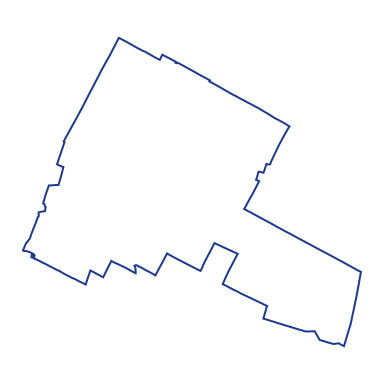 LEU, Dolj, Romania
{"feature_id": "2599482B68643233810442", "entity_name": "LEU", "entity_type": "district", "adm_level": 2, "iso_a3": "ROU", "parent_name": "Romania", "parent_adm1": "Dolj", "projection": "albers", "projection_center": [24.031, 44.193], "detail": "fine", "context": "isolated", "style": "outline", "palette": "blue", "viewbox_px": 384, "rotation_deg": 0, "n_neighbors": 0, "source": "geoboundaries", "source_scale": "gbopen_adm2", "svg_char_len": 5809}
<svg xmlns="http://www.w3.org/2000/svg" viewBox="0 0 384 384"><path d="M344.0,346.1L344.2,345.4L345.0,342.7L345.7,340.5L347.8,333.3L349.6,327.4L350.4,324.8L350.5,324.8L350.6,324.2L354.6,305.5L356.6,295.7L359.5,280.0L359.7,278.7L360.8,272.5L361.0,271.9L358.5,270.7L355.4,269.0L350.8,266.5L343.2,262.3L329.3,254.8L321.1,250.5L318.3,249.0L311.5,245.3L306.3,242.5L303.1,240.8L300.8,239.6L299.5,238.9L297.3,237.7L294.7,236.3L293.6,235.7L292.1,234.8L285.9,231.6L283.8,230.5L282.3,229.7L281.1,229.0L278.5,227.6L276.2,226.4L275.0,225.7L273.8,225.0L269.3,222.5L264.5,220.0L261.5,218.3L255.7,215.2L252.4,213.4L250.9,212.5L249.2,211.7L248.1,211.1L246.4,210.2L245.2,209.6L244.2,209.0L244.3,208.9L246.2,205.4L248.1,201.9L248.9,200.4L250.8,197.0L251.6,195.6L253.1,192.9L253.9,191.3L254.7,189.8L255.1,189.0L255.7,187.9L256.8,185.7L257.4,184.5L257.9,183.7L258.5,182.5L258.7,182.0L258.8,181.5L259.0,181.1L258.3,180.8L256.1,179.8L256.3,179.2L256.9,177.6L257.4,175.9L258.2,172.6L258.4,171.9L258.7,171.7L259.0,171.7L259.9,171.9L261.9,172.4L263.5,172.7L263.7,171.9L264.0,171.2L264.5,170.4L264.7,169.4L265.3,167.5L265.6,166.5L265.6,166.4L265.8,165.9L265.9,165.6L266.0,165.3L266.5,163.9L266.8,164.0L267.2,164.1L267.6,164.3L267.9,164.4L268.2,164.4L268.4,164.5L268.6,164.4L268.9,164.4L269.2,164.3L269.9,164.3L270.1,164.3L271.6,160.5L278.8,145.4L283.1,137.3L286.9,130.6L289.5,126.4L284.2,123.1L279.4,120.5L274.3,117.9L267.3,113.3L266.5,112.9L265.2,112.2L263.9,111.4L263.0,110.9L261.0,109.7L260.4,109.4L259.9,109.0L258.8,108.3L257.1,107.5L255.5,106.6L251.3,104.4L249.2,103.2L247.6,102.5L242.2,99.5L239.9,98.4L238.7,97.7L236.8,96.6L235.9,96.1L235.0,95.7L233.8,95.1L232.5,94.4L228.7,92.3L222.6,88.8L218.3,86.3L213.2,83.5L210.2,81.9L209.4,81.5L210.0,80.4L204.4,77.4L197.8,73.8L195.2,72.3L178.9,63.3L178.2,63.2L177.2,62.7L176.5,63.2L175.5,62.9L175.4,62.6L175.7,61.7L174.4,61.0L172.9,60.2L171.0,59.2L168.9,58.1L166.5,56.9L164.6,55.9L163.6,55.4L162.3,54.7L160.8,57.9L159.8,59.9L157.5,58.7L155.5,57.7L153.3,56.4L151.4,55.3L150.1,54.6L148.5,53.7L145.8,52.1L144.7,51.5L143.2,51.0L142.0,50.4L139.9,49.3L138.5,48.6L136.3,47.4L135.1,46.7L133.6,45.8L132.3,45.1L129.0,43.3L125.8,41.4L124.4,40.7L118.9,37.9L114.5,46.2L110.2,54.6L102.8,67.8L101.2,70.7L98.3,76.5L95.6,81.6L93.3,86.1L88.1,96.0L83.0,106.1L77.3,116.7L63.6,141.5L64.5,142.2L57.0,164.4L59.5,165.5L63.4,167.1L60.5,178.3L58.5,184.9L48.8,185.5L48.6,186.5L48.4,186.9L47.9,188.3L47.6,189.1L47.3,190.0L46.2,193.2L45.8,194.1L45.5,195.3L45.1,196.2L45.1,196.8L44.8,197.9L44.0,200.3L43.5,201.8L43.1,203.3L43.3,203.5L43.8,203.8L44.4,204.2L44.7,204.7L44.7,205.5L44.9,206.2L44.9,206.5L45.6,206.9L45.0,211.1L44.6,211.1L42.6,211.5L38.7,212.3L38.5,213.7L38.8,215.2L38.7,216.0L38.6,216.4L38.4,216.7L38.0,216.9L37.4,218.2L37.0,219.2L36.4,221.1L35.8,222.9L34.9,225.0L33.7,227.9L33.0,229.9L32.1,232.0L31.7,233.0L31.4,233.9L30.3,237.2L29.8,238.3L29.6,238.9L26.0,243.4L24.4,247.1L23.0,250.4L24.3,251.0L24.8,251.1L25.2,251.1L25.7,251.0L26.1,251.0L26.6,251.1L27.1,251.3L27.8,251.6L29.0,251.9L29.9,252.1L30.6,252.5L31.1,252.8L31.9,253.2L32.6,253.6L33.8,254.4L34.5,255.1L34.6,255.3L34.2,256.1L34.2,256.4L33.7,256.0L33.3,255.4L32.9,255.2L32.2,255.2L31.7,255.1L31.5,255.7L31.4,257.3L31.5,257.4L32.1,257.4L32.5,257.5L33.1,257.6L33.3,257.8L33.9,258.5L36.4,259.4L38.2,260.3L40.1,261.3L46.1,264.3L47.8,265.2L50.1,266.4L55.5,269.2L57.6,270.3L58.4,270.6L58.7,270.7L59.3,271.0L59.6,271.1L59.8,271.1L60.0,271.2L60.2,271.5L60.5,271.6L61.3,272.2L62.8,273.0L64.2,273.8L66.1,274.8L67.1,275.4L67.7,275.7L68.5,276.0L69.3,276.3L69.8,276.6L71.0,277.3L72.7,278.2L74.1,278.7L76.4,279.8L79.2,281.4L80.5,281.9L82.5,282.9L84.4,283.9L85.7,284.5L86.5,282.0L88.1,277.1L89.9,272.1L90.4,270.5L91.1,270.8L93.0,271.8L97.4,274.2L103.1,277.3L103.8,276.0L105.6,272.4L106.9,269.7L107.2,269.0L107.5,268.5L108.2,267.1L108.9,265.7L109.1,265.2L110.2,263.4L110.9,261.8L111.1,261.5L111.3,260.9L112.7,261.8L113.1,261.9L114.2,262.4L114.8,262.7L115.8,263.1L116.5,263.4L116.9,263.7L117.6,264.0L118.3,264.3L118.7,264.4L118.9,264.6L120.1,265.2L120.6,265.4L120.9,265.5L121.5,265.8L122.1,266.1L122.7,266.4L123.8,266.9L125.1,267.6L125.4,267.7L125.7,267.9L126.1,268.0L126.7,268.3L127.0,268.6L127.7,269.0L128.4,269.3L128.9,269.6L129.2,269.8L129.6,269.9L130.1,270.3L130.3,270.5L130.7,270.7L131.2,270.9L131.7,271.1L132.1,271.4L132.7,271.7L133.5,272.2L134.0,272.4L134.4,272.7L135.2,273.0L135.6,273.2L135.6,272.1L135.6,271.0L135.5,268.7L135.4,268.0L135.3,267.6L135.1,267.1L134.8,266.6L134.4,265.9L134.6,265.7L134.9,265.5L135.2,265.4L135.5,265.2L135.8,265.1L136.2,265.1L136.4,265.2L136.5,265.3L136.8,265.4L137.0,265.5L137.4,265.6L137.7,265.8L137.9,265.9L138.3,266.2L138.6,266.4L138.9,266.6L139.2,266.8L139.7,266.9L140.0,267.0L141.9,268.0L145.9,270.2L149.6,272.1L155.4,275.4L157.0,272.4L158.4,269.8L160.0,266.8L161.4,264.2L163.8,259.8L165.6,256.3L166.5,254.7L167.0,253.5L176.7,258.8L193.3,267.3L198.2,269.8L200.5,270.9L201.2,269.6L201.8,268.4L202.6,267.0L202.5,266.5L203.7,263.9L206.1,259.1L211.2,249.5L213.2,245.7L213.9,244.0L214.4,243.1L217.5,244.5L224.1,247.6L230.0,250.3L231.9,251.2L237.7,253.8L237.1,255.0L234.5,259.9L229.6,269.3L227.9,272.6L225.7,277.4L223.7,281.9L223.2,283.1L222.7,284.2L222.8,284.3L225.6,285.5L231.2,288.5L236.1,290.9L238.0,291.9L240.3,293.2L248.2,296.9L253.6,299.5L256.2,300.8L258.5,301.8L260.1,302.6L261.6,303.3L263.2,304.1L265.6,305.3L267.0,305.9L266.9,306.0L266.4,307.9L265.8,310.1L265.1,312.6L264.8,313.4L264.2,315.9L263.4,318.6L264.8,319.0L270.9,320.9L272.6,321.4L274.8,322.1L278.2,323.2L287.4,326.0L298.2,329.3L304.7,331.2L306.1,331.5L314.3,331.3L314.6,331.2L314.8,331.3L316.0,333.6L318.0,337.0L319.2,339.0L319.7,340.0L323.4,341.0L327.5,342.3L329.2,342.8L333.5,344.0L335.8,343.7L338.1,343.4L338.6,343.3L339.0,343.4L339.2,343.5L340.1,344.1L341.0,344.7L342.1,345.2L343.0,345.6L344.0,346.1Z" fill="none" stroke="#1e3a8a" stroke-width="2"/></svg>